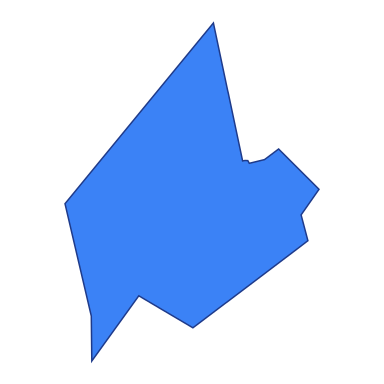 the district of Pavussu, Piauí, Brazil
{"feature_id": "56859067B97790054210701", "entity_name": "Pavussu", "entity_type": "district", "adm_level": 2, "iso_a3": "BRA", "parent_name": "Brazil", "parent_adm1": "Piauí", "projection": "equal_earth", "projection_center": [-43.283, -7.908], "detail": "fine", "context": "isolated", "style": "filled", "palette": "blue", "viewbox_px": 384, "rotation_deg": 0, "n_neighbors": 0, "source": "geoboundaries", "source_scale": "gbopen_adm2", "svg_char_len": 412}
<svg xmlns="http://www.w3.org/2000/svg" viewBox="0 0 384 384"><path d="M65.0,203.7L91.3,316.1L91.8,361.0L138.8,295.8L160.9,308.9L192.9,327.8L224.2,304.1L229.2,300.4L296.8,249.2L307.9,240.7L301.1,214.9L319.0,189.3L280.4,150.8L278.6,149.0L264.5,159.6L249.3,163.3L247.8,160.6L245.0,160.5L242.6,160.9L228.3,93.2L227.6,90.3L213.4,23.0L203.0,35.6L65.0,203.7Z" fill="#3b82f6" stroke="#1e3a8a" stroke-width="1.5"/></svg>